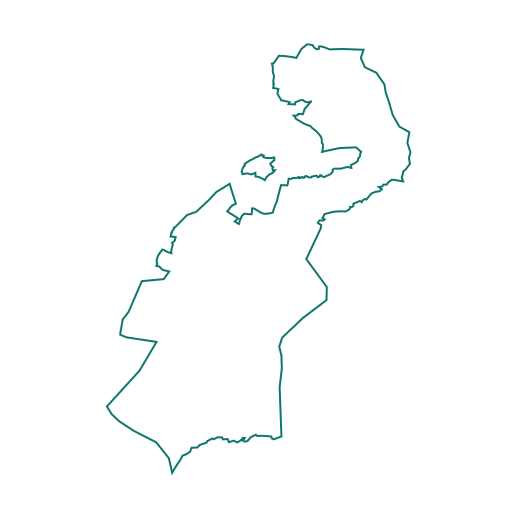 outline of Ilorin South, Kwara, Nigeria, rotated 81°
{"feature_id": "59680162B63804955714699", "entity_name": "Ilorin South", "entity_type": "district", "adm_level": 2, "iso_a3": "NGA", "parent_name": "Nigeria", "parent_adm1": "Kwara", "projection": "equal_earth", "projection_center": [4.582, 8.481], "detail": "fine", "context": "isolated", "style": "outline", "palette": "teal", "viewbox_px": 512, "rotation_deg": 81, "n_neighbors": 0, "source": "geoboundaries", "source_scale": "gbopen_adm2", "svg_char_len": 5316}
<svg xmlns="http://www.w3.org/2000/svg" viewBox="0 0 512 512"><g transform="rotate(81 256 256)"><path d="M180.6,270.7L186.6,285.1L193.2,293.6L203.0,308.1L204.7,317.6L214.2,330.4L215.2,332.7L215.9,332.5L218.1,334.6L218.2,334.8L219.8,335.9L220.0,335.6L221.0,336.3L223.4,337.3L224.7,332.4L228.1,333.8L229.9,336.8L230.6,336.4L231.8,336.4L236.1,338.3L238.4,339.1L240.0,339.1L238.6,342.1L236.9,344.7L235.8,345.7L235.3,346.7L235.0,347.7L236.5,348.8L236.5,349.0L236.7,349.4L237.8,350.2L237.8,350.4L239.1,351.6L240.5,352.8L242.9,354.0L243.9,354.5L245.3,354.9L247.2,354.9L248.8,355.0L249.9,355.7L250.2,355.9L250.9,354.0L251.3,353.2L251.7,353.0L255.3,350.0L257.7,344.1L264.4,350.7L263.0,372.7L291.3,390.6L297.9,397.6L310.4,401.9L312.5,402.4L316.1,396.6L325.3,367.7L350.9,388.9L381.3,426.8L389.5,423.4L397.8,417.0L409.4,404.3L424.4,383.7L442.1,373.7L457.0,372.7L454.3,370.6L448.9,365.9L445.9,362.9L441.7,359.8L440.8,355.7L439.0,351.7L435.3,349.6L436.0,344.0L433.8,341.0L432.6,334.0L431.2,333.2L429.4,327.6L430.4,326.5L429.0,322.0L429.9,317.9L431.9,317.4L432.4,312.6L435.6,311.9L434.9,306.7L437.2,303.7L435.8,300.0L433.4,297.2L434.0,295.6L436.3,297.8L437.5,296.6L437.5,293.3L434.2,289.7L432.5,284.1L433.9,283.1L434.4,278.9L435.4,274.1L436.7,269.1L438.7,268.9L439.8,267.2L438.2,259.1L389.4,253.2L370.8,248.0L358.3,246.5L349.2,247.2L340.7,242.9L324.5,219.3L310.6,193.3L297.8,190.9L266.9,206.8L238.9,187.8L235.8,186.7L233.0,189.8L230.8,187.9L231.5,183.7L230.6,182.5L228.9,184.4L227.1,182.9L225.3,181.8L224.9,178.0L224.4,172.2L225.1,165.4L226.0,160.4L224.5,156.3L222.2,155.3L222.8,153.8L221.7,151.9L219.5,151.6L218.8,148.3L217.9,144.8L219.3,143.0L217.6,141.8L216.7,139.1L217.5,138.1L215.0,135.4L212.2,131.9L211.3,127.8L211.4,123.8L209.8,121.4L207.1,123.9L207.1,120.5L205.4,118.9L205.9,115.7L203.7,113.5L201.9,109.9L203.1,105.6L205.4,99.0L201.3,99.8L198.9,98.5L195.6,97.4L193.9,94.6L189.0,89.5L186.7,89.6L184.8,89.5L183.2,89.6L177.6,87.2L168.0,88.8L157.7,85.2L150.6,94.2L138.1,98.9L124.9,100.6L114.5,102.3L106.7,102.3L101.0,105.0L93.8,108.5L86.6,118.9L76.9,121.5L69.1,117.5L67.0,128.4L65.2,137.3L63.4,151.2L60.7,155.5L58.9,159.7L59.0,161.2L61.1,161.4L61.3,164.0L60.5,164.7L58.7,166.2L56.6,167.1L56.2,168.4L55.3,170.4L55.0,172.7L56.7,175.4L58.4,178.6L66.7,185.2L65.6,187.8L63.2,195.7L61.8,202.1L68.5,208.5L68.4,210.1L72.1,209.9L74.1,210.1L75.3,210.4L77.2,210.6L80.6,210.1L81.3,210.2L82.6,210.4L84.2,211.0L85.4,211.5L85.9,211.5L87.1,211.6L88.5,212.0L88.7,211.5L90.7,212.0L92.7,212.8L94.5,207.8L97.0,208.8L99.1,209.4L100.5,208.8L101.7,208.6L103.1,207.9L104.6,207.2L105.4,207.0L106.2,206.8L106.6,205.4L107.6,202.9L108.5,200.6L109.3,198.7L111.1,200.1L112.4,193.6L111.6,193.4L110.5,193.3L110.0,192.1L109.9,190.9L109.3,189.1L109.0,186.4L109.3,185.5L109.6,185.1L110.1,184.7L110.6,184.1L111.1,183.3L111.5,183.2L111.9,182.4L112.1,181.0L112.3,179.6L112.0,177.6L112.4,177.6L112.9,178.6L114.2,180.1L115.4,181.4L116.0,182.0L116.8,182.9L118.2,185.0L118.8,185.1L123.2,187.5L122.4,192.2L123.3,192.7L123.7,194.9L123.3,196.7L125.3,195.5L126.8,195.1L132.7,188.0L134.9,184.4L136.2,181.8L137.7,181.0L143.3,176.1L148.3,173.2L151.7,172.8L153.3,173.1L154.8,173.2L156.2,172.4L158.5,172.8L159.9,173.2L161.7,173.6L163.5,174.4L163.1,168.8L162.9,164.7L162.7,161.6L162.5,158.3L162.6,155.2L163.0,151.8L163.7,145.8L164.3,140.3L169.6,135.8L171.3,137.1L173.8,137.7L175.6,139.8L178.0,140.5L179.5,143.0L180.7,147.1L181.1,148.0L183.9,148.0L183.4,149.6L182.2,151.2L182.6,153.8L182.7,155.8L183.0,158.6L182.0,164.7L182.5,166.4L183.0,166.9L184.5,166.9L186.4,168.9L187.4,171.4L188.0,174.0L188.8,176.4L187.7,178.2L186.4,179.2L186.4,180.3L187.6,180.6L187.8,182.9L186.6,183.1L186.2,183.7L186.1,184.7L186.2,186.5L186.3,188.5L187.0,189.0L186.9,190.2L186.6,191.4L186.0,192.5L184.8,193.8L185.1,195.3L186.2,196.0L186.2,197.1L185.1,198.0L185.8,199.9L186.0,201.0L185.8,201.4L185.2,200.9L184.7,201.1L184.8,201.9L185.2,202.9L184.8,208.0L185.4,209.2L184.8,211.7L189.9,213.4L191.1,214.1L189.9,220.1L192.4,221.3L196.9,223.3L205.9,227.2L208.8,229.1L212.7,231.2L215.6,232.6L216.0,233.8L215.9,239.8L214.9,243.1L212.3,246.3L208.7,250.5L208.4,252.4L214.0,253.7L213.7,256.1L213.1,258.3L212.6,259.6L212.6,261.3L214.5,264.0L217.4,265.5L217.6,266.1L220.5,267.2L221.7,267.9L220.9,268.9L220.5,269.4L218.5,271.6L217.3,269.7L216.1,267.7L213.9,270.2L212.0,272.3L207.4,277.5L205.6,275.3L203.5,273.3L202.6,271.6L202.1,271.4L201.7,269.2L201.2,267.7L186.2,270.0L180.6,270.7ZM157.9,232.8L157.6,233.6L157.5,234.1L156.6,234.7L157.8,237.7L158.1,238.4L158.7,241.3L159.7,243.7L160.2,245.4L160.7,247.3L161.4,248.7L161.6,249.0L161.8,249.6L162.4,250.8L162.8,251.8L163.2,252.6L163.3,252.8L163.6,252.8L164.3,252.8L164.9,252.8L165.3,254.0L167.6,255.6L170.4,257.0L172.0,256.4L173.1,256.5L173.0,252.9L173.2,251.3L174.7,247.8L173.8,243.6L177.4,244.1L177.8,242.4L178.4,241.0L179.4,239.3L180.4,237.8L182.5,235.4L179.6,233.1L178.5,231.4L177.7,230.1L177.3,229.0L176.2,226.0L175.3,225.0L174.2,223.9L174.0,226.1L173.3,226.1L172.3,226.0L171.9,226.0L171.1,225.2L170.9,225.0L170.5,225.5L169.9,226.5L168.4,227.1L167.6,227.3L166.8,227.3L165.9,225.6L165.1,224.4L164.7,223.9L164.4,223.4L164.2,222.8L163.0,222.7L162.4,222.6L161.8,222.6L161.3,222.8L161.7,224.0L161.7,224.5L161.8,225.1L161.5,225.9L161.4,227.3L160.9,229.9L160.5,231.1L160.1,232.0L159.4,233.2L159.0,233.6L157.9,232.8Z" fill="none" stroke="#0f766e" stroke-width="2"/></g></svg>